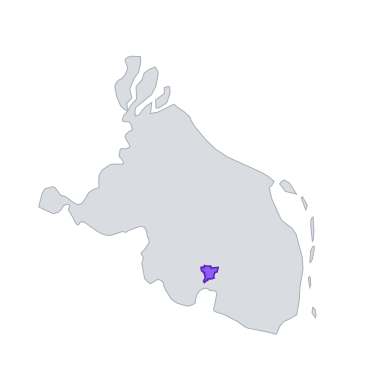 Ommen, Overijssel, Netherlands shown in context, rotated 102°
{"feature_id": "6326949B52754123611932", "entity_name": "Ommen", "entity_type": "district", "adm_level": 2, "iso_a3": "NLD", "parent_name": "Netherlands", "parent_adm1": "Overijssel", "projection": "albers", "projection_center": [6.449, 52.51], "detail": "fine", "context": "in_parent", "style": "filled", "palette": "violet", "viewbox_px": 384, "rotation_deg": 102, "n_neighbors": 0, "source": "geoboundaries", "source_scale": "gbopen_adm2", "svg_char_len": 4778}
<svg xmlns="http://www.w3.org/2000/svg" viewBox="0 0 384 384"><g transform="rotate(102 192 192)"><path d="M238.5,338.9L232.0,338.6L225.8,338.4L222.6,337.8L219.1,336.2L217.6,333.0L215.7,329.2L216.3,326.8L222.1,320.2L222.9,318.3L222.4,317.3L223.0,314.4L227.5,304.5L228.1,300.5L226.1,297.6L223.3,295.9L214.1,292.9L209.8,288.7L207.8,285.0L205.8,283.9L202.8,285.1L195.2,286.4L189.0,284.3L181.8,277.3L180.3,271.1L179.5,266.3L177.7,264.7L175.2,267.0L172.0,270.8L165.9,271.1L164.2,270.2L163.9,268.1L163.6,266.0L162.0,263.5L160.2,262.0L152.3,268.9L149.4,268.8L145.8,266.0L144.1,263.3L140.1,264.7L136.4,267.9L137.5,274.1L135.5,275.2L131.1,274.5L126.2,271.8L120.7,270.1L112.4,265.6L100.5,268.6L92.5,264.2L85.7,263.5L81.6,260.0L77.3,254.3L80.7,250.7L83.8,249.6L96.3,249.4L105.2,251.9L121.0,264.6L125.1,264.6L129.5,263.2L127.4,259.8L123.4,258.1L117.5,254.7L112.8,250.0L124.1,248.9L122.7,246.4L121.3,242.4L109.9,227.9L112.0,224.2L115.3,216.1L119.2,209.5L122.2,207.7L127.2,203.1L138.1,189.3L145.1,178.0L150.4,164.5L158.6,127.2L160.9,120.9L164.5,113.9L168.8,115.3L171.8,117.4L182.5,112.3L201.0,98.7L206.6,86.8L211.9,81.3L232.9,70.6L244.4,67.4L262.1,66.7L274.9,64.7L290.3,64.0L296.2,70.6L299.7,75.5L305.2,78.2L313.7,80.0L313.3,89.7L313.5,108.9L312.9,112.3L309.2,120.5L305.2,135.0L304.2,144.6L303.0,146.4L286.5,146.5L284.2,148.1L283.9,150.2L284.7,152.6L284.3,155.1L283.0,157.1L283.8,160.2L286.6,163.8L291.9,166.0L297.4,166.2L300.3,165.8L302.4,168.3L304.5,172.3L304.4,177.3L303.7,184.0L301.0,190.2L293.4,197.3L290.0,199.9L286.8,201.2L285.3,203.1L284.6,205.4L284.7,207.6L290.2,213.3L290.1,214.6L288.5,217.6L286.4,220.4L272.3,226.2L266.4,225.8L263.1,228.7L262.1,229.2L258.4,226.5L250.1,223.4L247.0,224.5L245.3,226.2L240.1,228.2L236.3,231.3L236.3,235.5L242.8,246.1L245.2,248.2L245.2,252.2L248.4,257.2L251.7,263.5L252.0,267.5L251.6,271.5L249.9,277.2L244.1,290.5L244.0,293.1L244.5,295.0L246.5,295.6L248.0,296.6L247.5,298.4L236.6,307.6L235.2,309.2L230.6,308.7L229.9,310.2L230.5,312.7L232.3,314.9L236.2,316.1L239.5,318.5L242.1,323.1L238.5,338.9ZM126.2,271.8L125.1,275.6L122.5,279.8L113.9,285.7L104.9,289.4L100.3,288.7L97.3,286.5L95.7,284.2L91.1,281.9L84.6,280.6L80.5,282.7L77.5,284.8L75.0,284.3L73.2,282.4L71.8,279.6L70.3,270.6L75.2,269.2L85.7,269.1L93.6,272.5L104.2,274.3L112.5,270.4L118.8,274.2L126.2,271.8ZM109.8,235.2L115.8,241.0L117.0,242.8L117.4,244.7L109.5,246.7L101.4,239.5L95.8,240.9L93.8,237.6L93.9,235.6L99.7,234.1L109.8,235.2ZM172.0,100.8L165.8,107.9L162.1,105.8L161.1,104.1L163.1,98.5L172.3,89.3L172.0,100.8ZM199.5,69.1L193.8,69.9L191.2,68.4L205.0,64.6L213.7,63.4L215.2,64.0L199.5,69.1ZM236.3,62.1L224.3,63.7L220.3,62.4L219.6,61.2L222.9,60.5L233.1,60.4L236.3,61.5L236.3,62.1ZM186.1,76.9L174.7,84.1L173.7,82.9L181.1,76.5L186.1,76.9ZM285.3,49.5L279.7,49.9L281.3,47.2L286.5,45.1L289.3,45.1L285.3,49.5ZM260.9,56.9L252.4,60.3L250.3,59.6L250.9,58.6L258.4,56.5L260.9,56.9Z" fill="#d9dde1" stroke="#a8b0b8" stroke-width="1"/><path d="M263.7,167.4L264.3,167.5L266.7,166.5L266.8,166.4L266.9,166.2L267.0,166.1L267.3,165.9L267.3,165.7L267.4,165.4L267.5,165.3L267.6,165.1L267.6,164.9L267.5,164.7L267.8,164.5L267.7,164.5L267.7,164.4L267.8,164.2L268.0,164.1L268.0,163.9L267.9,163.9L267.9,163.7L268.0,163.6L268.1,163.8L268.2,163.6L268.1,163.4L268.2,163.2L268.3,163.1L268.2,163.2L268.2,163.3L268.3,163.3L268.5,163.3L268.6,163.2L268.8,163.0L268.7,162.9L268.8,162.9L269.0,162.7L269.3,162.7L269.6,162.6L269.8,162.5L270.0,162.5L270.3,162.5L270.5,162.5L270.5,162.4L270.8,162.3L270.9,162.2L271.4,162.1L271.4,161.5L271.5,161.1L274.5,161.5L277.1,162.2L277.4,161.7L278.0,160.9L276.9,160.2L276.4,159.9L275.7,159.4L275.4,159.1L275.2,159.0L275.2,158.9L274.9,158.9L274.9,158.7L275.0,158.6L275.3,158.6L275.3,158.4L275.2,158.3L275.1,158.2L274.9,158.2L274.8,158.3L274.7,158.5L274.7,158.8L274.4,158.8L274.3,158.7L274.2,158.6L274.0,158.4L273.9,158.2L273.7,158.3L273.7,158.2L273.8,158.1L273.8,157.9L273.7,157.8L273.7,157.7L273.5,157.4L273.4,157.3L273.4,157.2L273.3,157.3L273.2,157.1L273.2,156.9L273.1,156.6L273.0,156.1L273.0,155.7L272.5,154.0L271.4,152.4L271.1,152.7L271.1,152.8L270.9,152.9L270.8,153.0L270.4,153.1L270.1,153.2L269.8,153.2L267.3,153.1L267.2,153.0L266.9,152.9L266.7,152.9L266.3,152.9L265.9,153.0L265.1,150.9L264.8,150.9L264.5,150.9L263.3,150.8L260.3,150.7L260.2,150.7L261.0,153.1L261.1,153.5L261.3,154.2L261.5,154.7L261.8,155.6L262.1,156.4L262.2,156.7L262.3,157.0L262.4,157.3L262.5,157.4L262.5,157.6L262.2,157.8L261.9,157.8L261.7,157.9L261.6,158.0L261.4,158.2L261.1,158.0L261.0,157.9L260.9,157.9L260.7,157.9L260.7,158.0L260.7,158.3L260.8,158.4L260.8,158.5L260.7,158.8L260.8,159.0L260.9,159.3L261.0,159.4L260.8,159.5L261.1,160.4L261.4,162.1L261.3,164.6L263.6,164.6L263.2,165.3L263.2,165.6L263.4,165.5L263.7,166.3L263.9,166.4L263.8,167.0L263.7,167.4Z" fill="#8b5cf6" stroke="#5b21b6" stroke-width="1.5"/></g></svg>